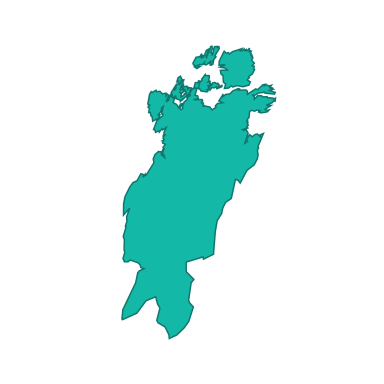 Os nor, Hordaland, Norway, rotated 144°
{"feature_id": "86288312B99631604465694", "entity_name": "Os nor", "entity_type": "district", "adm_level": 2, "iso_a3": "NOR", "parent_name": "Norway", "parent_adm1": "Hordaland", "projection": "equal_earth", "projection_center": [5.41, 60.23], "detail": "fine", "context": "isolated", "style": "filled", "palette": "teal", "viewbox_px": 384, "rotation_deg": 144, "n_neighbors": 0, "source": "geoboundaries", "source_scale": "gbopen_adm2", "svg_char_len": 6030}
<svg xmlns="http://www.w3.org/2000/svg" viewBox="0 0 384 384"><g transform="rotate(144 192 192)"><path d="M288.3,85.3L278.2,86.7L270.7,89.2L258.5,98.2L259.1,103.9L258.3,106.5L246.1,119.0L241.9,120.2L243.5,131.0L237.9,138.7L221.3,133.0L222.2,130.9L211.2,129.0L196.6,146.1L188.5,154.0L180.6,157.2L176.3,161.1L171.1,163.8L164.0,163.7L149.4,176.7L147.8,174.1L147.8,170.9L134.8,177.2L125.6,177.5L119.7,180.4L116.6,183.3L114.6,187.3L112.2,188.5L112.2,189.8L99.8,197.4L103.8,198.3L104.3,196.8L105.0,200.4L107.2,201.5L110.7,201.2L111.6,204.4L116.7,202.9L117.4,200.1L120.7,200.4L112.0,206.6L111.4,210.9L113.5,211.1L114.4,212.7L109.2,211.0L109.4,212.7L107.1,213.0L107.3,214.2L105.9,215.4L106.5,215.9L105.1,216.8L105.5,217.8L101.9,218.9L97.9,223.4L95.6,222.9L93.9,220.6L91.4,220.2L89.7,218.5L90.6,218.0L89.4,217.5L90.8,217.0L89.6,215.4L84.0,212.6L81.3,213.1L83.4,214.0L84.3,216.0L77.1,215.5L81.1,218.5L74.5,217.1L72.1,217.7L71.4,216.6L69.3,218.9L71.4,219.0L71.3,220.4L75.7,224.1L75.2,225.0L78.8,227.3L79.1,228.9L82.0,231.2L87.0,230.4L85.2,233.1L86.5,235.0L83.3,233.1L80.0,233.0L74.8,230.1L74.8,229.0L67.7,222.7L66.1,223.6L69.7,228.6L65.9,227.4L66.7,228.6L65.1,228.2L67.2,229.4L66.5,229.6L67.6,230.8L65.0,231.6L67.7,232.7L68.5,234.6L70.7,235.5L69.4,236.0L71.6,237.1L78.6,236.2L79.9,238.0L89.8,238.5L87.9,241.0L88.3,242.7L94.3,247.0L93.0,247.3L93.5,248.4L99.6,249.8L103.7,249.1L107.5,251.2L110.0,250.9L109.8,252.0L111.2,251.4L110.6,252.3L116.8,249.9L114.7,246.2L119.3,248.6L122.6,247.9L123.0,246.3L127.5,246.7L127.6,250.3L131.1,254.1L133.3,254.9L131.2,254.5L131.8,256.0L130.5,257.2L131.9,258.7L129.8,259.5L129.5,260.9L136.6,265.7L131.9,264.0L130.9,266.4L132.7,268.5L127.3,272.7L128.5,274.3L130.5,275.2L133.4,274.3L137.5,272.3L136.5,271.3L137.5,270.9L139.6,272.4L140.3,271.7L138.9,271.6L141.7,269.6L145.4,269.5L149.8,266.5L150.1,265.1L152.6,265.0L152.8,266.9L147.9,269.2L149.5,269.9L153.2,268.0L153.0,271.9L154.7,275.4L151.5,277.7L152.7,281.4L153.3,281.0L152.3,282.1L152.6,283.8L152.8,282.7L157.1,280.7L156.7,279.9L158.5,280.1L157.9,280.5L158.9,281.0L153.9,283.7L154.5,285.8L156.5,285.0L155.0,287.3L158.3,288.8L158.8,292.3L161.6,293.9L161.3,295.5L165.6,295.9L166.0,297.2L168.9,296.0L175.9,289.3L176.2,288.2L175.2,287.1L177.7,286.5L177.2,284.8L180.4,281.7L179.1,280.6L180.5,277.6L180.0,276.3L182.2,272.4L175.0,271.3L172.7,273.3L174.0,274.1L168.8,276.0L167.1,278.0L164.9,278.1L170.7,273.2L169.8,271.9L170.8,271.0L178.5,270.4L186.4,265.1L185.6,263.6L186.4,261.7L182.5,260.7L183.1,259.7L179.0,260.9L179.2,259.5L175.0,259.3L179.7,256.6L180.8,255.2L180.4,254.3L181.5,254.9L183.1,253.9L181.8,254.2L181.5,253.9L183.9,252.4L183.8,250.5L185.9,250.8L185.4,250.2L187.0,248.9L185.5,246.3L189.3,245.1L189.6,243.6L190.5,243.4L191.4,242.9L189.9,242.9L194.1,240.0L192.8,239.0L193.9,235.9L194.9,240.4L193.0,241.5L193.7,242.2L193.1,242.6L195.3,244.1L194.5,244.5L199.8,244.1L203.9,241.6L205.7,238.0L219.1,232.6L220.2,232.8L219.5,233.8L223.1,232.8L220.9,234.5L222.6,236.8L229.9,233.4L234.2,234.3L239.4,232.6L249.1,227.5L254.3,222.6L261.0,213.6L251.9,215.6L259.5,210.3L262.0,206.4L266.1,203.4L265.9,202.5L273.8,196.4L274.8,193.1L281.0,185.0L281.7,182.8L286.9,178.8L287.7,175.2L284.6,173.1L281.9,173.2L277.3,166.5L276.8,163.6L277.8,161.0L275.9,158.2L280.7,159.2L283.3,158.6L290.9,151.7L317.0,137.5L323.3,130.5L323.3,129.6L307.8,126.4L293.2,131.0L283.0,128.6L285.7,121.6L286.2,116.9L295.9,108.9L296.3,106.0L293.1,98.7L294.6,90.0L296.5,86.8L288.3,85.3ZM83.2,245.0L80.1,246.8L81.4,250.1L80.8,250.5L78.4,250.8L78.1,252.1L73.9,252.0L69.4,254.3L69.8,255.0L67.8,257.1L69.1,258.8L65.8,259.6L66.3,263.6L64.2,264.5L63.6,265.8L65.0,265.7L63.3,266.6L63.8,268.2L63.0,268.1L62.8,270.2L61.6,270.9L63.8,272.1L61.7,272.0L62.5,273.7L60.7,274.5L65.4,273.8L64.5,274.4L65.7,274.9L64.7,275.6L66.2,276.0L65.8,277.1L69.0,276.9L70.1,278.2L67.6,278.7L76.6,281.7L80.8,281.7L80.6,283.3L82.7,284.2L83.2,287.0L93.1,281.8L95.8,278.5L94.7,278.3L94.7,276.4L93.6,276.2L94.4,276.7L93.0,277.5L90.3,275.3L96.0,276.4L92.4,272.9L91.7,269.8L97.5,273.8L99.2,270.4L98.5,267.9L102.1,262.3L101.3,259.6L104.9,256.7L101.3,254.6L97.7,254.7L97.3,253.0L92.9,251.5L88.9,247.2L83.2,245.0ZM100.7,285.4L102.6,284.0L101.9,283.3L99.9,283.1L97.5,285.4L99.0,285.1L97.9,286.0L93.2,287.2L93.7,288.1L92.0,289.4L85.7,292.0L84.9,293.6L86.5,293.9L85.7,294.7L88.4,296.4L95.4,290.3L94.2,292.9L94.9,293.9L91.0,296.1L90.2,298.3L91.2,298.7L102.0,291.7L100.0,293.6L101.0,294.3L99.8,293.6L94.5,297.8L97.0,298.2L103.2,294.3L105.6,294.9L104.8,296.7L103.7,295.9L102.9,296.0L104.3,297.5L103.4,297.6L103.3,297.8L104.4,297.7L105.7,296.7L109.5,298.6L115.5,295.7L116.1,294.0L114.8,291.9L116.5,291.9L115.5,289.0L111.5,288.8L114.2,291.3L110.8,290.7L108.9,289.0L105.6,289.6L107.2,288.1L105.6,286.4L100.7,286.8L101.5,286.1L100.3,286.3L100.7,285.4ZM145.3,272.9L145.7,272.2L136.3,273.5L131.4,276.6L133.0,278.1L135.0,277.7L133.8,278.9L134.5,279.1L133.9,280.6L137.0,282.1L136.1,283.5L138.6,282.2L137.8,278.1L139.0,274.6L140.0,276.0L142.3,275.0L144.9,275.5L142.8,277.9L143.7,280.4L141.6,277.9L139.3,278.2L138.7,279.4L139.2,280.7L141.1,281.1L140.1,282.5L140.8,282.5L132.7,287.5L134.1,288.6L139.6,285.9L133.9,289.1L133.3,292.5L136.2,292.6L138.6,290.7L137.9,290.2L139.5,289.9L138.5,288.7L138.9,287.7L142.3,287.5L144.4,285.0L145.9,284.9L145.0,286.1L140.5,288.6L150.8,284.5L149.8,284.8L151.2,283.8L150.7,282.6L151.9,280.9L150.5,278.9L148.4,279.8L150.8,277.5L149.3,277.5L149.6,276.2L147.5,273.2L148.2,272.1L145.3,272.9ZM111.2,261.0L105.9,259.6L105.2,260.7L109.0,261.3L107.1,262.6L107.2,264.8L108.2,264.6L109.2,267.3L111.0,268.1L113.4,266.9L113.2,268.1L117.0,265.9L117.7,266.3L115.9,267.6L117.2,269.0L115.5,267.9L114.2,268.5L113.1,270.0L114.4,271.5L112.4,271.1L113.0,272.3L110.0,275.3L109.7,276.1L112.7,278.4L112.3,279.3L117.7,277.6L118.4,276.2L121.1,276.2L124.5,273.3L120.4,277.2L121.5,278.1L123.0,277.0L125.0,278.5L128.7,275.6L127.3,272.7L125.1,272.7L125.9,271.4L125.1,270.4L125.4,268.5L121.1,264.2L119.5,264.4L119.8,265.9L117.5,265.2L117.6,263.8L114.6,264.8L112.9,263.2L110.3,262.8L111.2,261.0Z" fill="#14b8a6" stroke="#0f766e" stroke-width="1.5"/></g></svg>